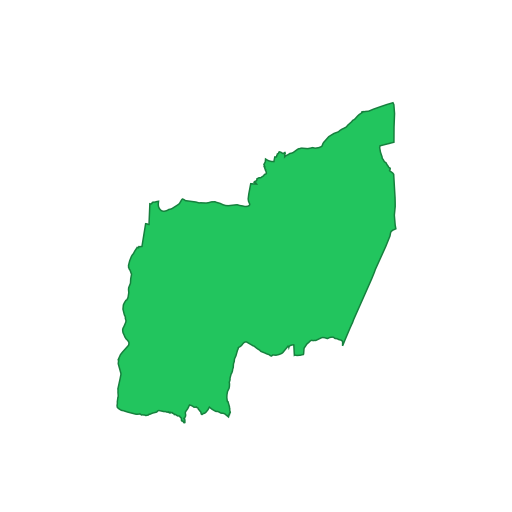 outline of Melinesti, Dolj, Romania, rotated 293°
{"feature_id": "2599482B7239267207369", "entity_name": "Melinesti", "entity_type": "district", "adm_level": 2, "iso_a3": "ROU", "parent_name": "Romania", "parent_adm1": "Dolj", "projection": "orthographic", "projection_center": [23.668, 44.557], "detail": "fine", "context": "isolated", "style": "filled", "palette": "green", "viewbox_px": 512, "rotation_deg": 293, "n_neighbors": 0, "source": "geoboundaries", "source_scale": "gbopen_adm2", "svg_char_len": 6002}
<svg xmlns="http://www.w3.org/2000/svg" viewBox="0 0 512 512"><g transform="rotate(293 256 256)"><path d="M450.6,322.2L446.5,317.2L441.5,311.6L437.1,306.8L433.4,303.2L433.0,302.6L432.0,300.6L431.1,299.2L430.8,298.2L430.2,297.5L430.1,297.2L429.9,297.2L429.7,297.8L426.5,295.7L424.5,294.8L420.7,293.5L419.5,292.8L418.6,292.0L416.9,291.6L412.6,289.5L410.0,288.7L407.9,287.0L406.1,285.4L404.3,284.2L402.6,283.4L401.7,282.5L399.3,279.9L394.4,276.4L387.0,273.9L385.6,273.7L383.1,273.8L382.6,273.6L382.0,273.2L380.3,271.5L378.3,268.3L378.1,266.9L377.8,265.6L376.7,264.2L375.0,261.6L373.1,255.8L372.5,254.9L371.9,254.4L371.6,253.6L370.5,252.6L365.8,249.8L364.3,248.3L363.8,247.3L361.6,245.8L360.1,244.4L358.5,243.7L359.4,243.4L360.2,242.9L361.9,242.8L362.6,242.2L362.2,241.7L361.2,241.4L360.9,240.8L361.0,239.5L361.2,238.5L361.1,237.0L360.9,236.8L360.8,236.6L359.0,236.5L358.3,235.8L357.1,236.0L356.7,235.8L355.4,236.1L355.0,235.8L354.5,234.6L349.9,235.6L349.0,233.2L348.6,230.4L348.7,228.8L349.0,226.9L346.2,227.8L343.4,227.5L343.1,228.0L342.3,228.4L341.7,229.1L341.5,228.6L341.3,228.8L339.7,230.3L339.5,230.6L339.4,231.0L338.9,230.9L337.6,232.4L336.0,233.3L335.1,232.9L334.7,232.2L333.9,231.8L333.2,231.8L332.4,231.5L331.7,230.8L330.3,230.1L329.7,229.4L329.2,228.2L327.4,226.7L326.3,227.1L325.7,227.0L325.0,226.7L324.3,225.9L323.2,225.4L323.1,227.5L322.4,228.5L320.5,222.9L310.0,225.2L305.5,226.5L303.5,227.7L301.3,230.0L300.5,230.2L299.5,229.8L298.7,229.1L298.0,228.1L297.2,226.3L296.8,224.0L296.1,221.2L295.9,219.0L295.5,218.0L291.5,210.9L290.6,208.4L290.3,205.7L290.4,202.4L289.9,198.4L289.9,197.0L288.4,193.8L286.6,191.6L285.3,189.5L283.4,184.4L282.6,182.8L282.2,179.6L279.4,169.4L279.8,167.3L279.7,166.0L278.6,165.6L274.7,165.1L273.6,164.7L272.0,163.7L266.9,160.2L265.8,159.1L264.7,157.5L263.4,156.6L262.3,155.4L261.1,153.7L260.8,152.4L260.8,150.9L261.4,149.4L262.1,148.3L263.2,147.1L264.3,146.4L265.7,145.7L268.3,144.9L267.2,143.2L266.1,141.9L265.5,140.6L265.0,139.8L264.7,139.6L263.6,139.6L263.2,139.3L262.7,138.6L262.6,137.9L243.2,145.2L242.9,144.4L243.0,143.2L242.6,141.8L220.2,147.3L219.1,145.2L218.9,144.5L217.7,144.6L217.5,143.3L217.4,143.3L213.3,142.5L210.8,142.3L209.6,142.1L209.0,141.8L206.9,141.5L202.3,141.6L197.6,142.3L195.5,143.3L195.4,143.6L194.3,144.6L193.9,145.4L192.4,146.9L191.6,147.5L190.9,148.4L190.1,148.7L186.0,149.6L181.9,151.1L177.0,151.2L175.2,151.8L172.6,153.2L167.9,154.4L165.4,154.3L164.7,154.0L164.4,153.6L162.1,153.2L159.6,153.0L158.6,153.2L155.1,154.3L150.3,157.9L149.7,158.7L148.6,159.7L147.5,160.1L145.7,161.6L144.2,162.0L139.5,162.0L137.5,161.8L135.9,162.1L134.3,163.0L133.4,163.6L132.0,165.2L130.3,166.9L128.9,168.9L128.4,170.3L127.5,171.9L126.9,172.7L125.9,173.2L124.1,173.6L115.2,170.6L112.3,169.8L107.4,169.7L107.6,169.9L103.0,171.3L95.3,177.4L94.4,177.9L90.3,178.8L79.2,180.9L79.6,181.0L76.4,182.3L73.7,183.7L72.2,184.3L72.0,184.1L67.6,185.3L66.4,185.9L63.9,186.6L62.5,187.5L62.2,188.2L61.8,189.4L61.4,191.9L61.4,192.7L61.9,194.8L61.9,195.8L62.2,198.9L63.4,206.9L63.8,208.3L64.4,209.3L64.8,210.3L65.4,210.7L64.9,212.7L65.6,213.8L65.8,214.9L66.1,215.4L66.1,216.9L67.7,219.2L68.5,219.3L68.9,220.2L71.0,222.2L73.3,225.3L74.0,225.8L75.0,226.1L75.7,226.7L76.1,228.1L76.8,232.1L77.4,233.4L77.5,235.3L78.3,236.1L78.2,236.5L77.9,236.7L78.3,237.4L77.8,238.2L78.3,238.6L78.8,238.6L78.8,240.0L79.1,240.3L78.7,240.7L78.7,242.0L78.1,242.8L78.2,243.0L78.6,243.4L78.5,244.4L78.6,244.9L78.3,245.4L78.2,246.5L78.7,247.6L78.6,248.6L77.9,249.4L77.8,250.3L76.7,251.1L75.7,251.5L75.2,252.0L75.5,253.2L75.1,253.4L75.1,254.0L74.5,254.6L74.4,255.0L74.9,255.6L77.3,254.6L78.1,253.8L78.1,253.2L78.6,253.2L78.8,253.6L81.2,253.7L82.3,253.3L83.8,252.3L85.0,252.0L88.9,252.8L92.9,253.0L93.1,255.0L92.9,256.8L92.6,257.8L93.0,259.1L93.8,260.2L93.4,260.7L93.4,261.9L93.2,262.2L92.4,262.9L92.2,263.6L91.4,264.8L91.2,265.6L90.4,266.5L89.3,267.2L89.3,267.4L89.1,267.7L89.0,268.2L90.8,269.4L91.1,270.1L92.5,270.9L95.5,271.8L98.7,272.1L97.8,275.2L97.4,278.2L97.3,279.4L97.3,279.9L98.0,281.8L97.7,285.2L98.4,287.2L98.5,288.8L97.1,293.6L97.8,293.5L98.6,292.9L99.1,293.2L99.5,293.2L99.2,293.5L99.3,293.6L100.2,293.2L100.6,293.5L101.5,293.1L101.8,293.4L102.1,293.4L103.8,292.0L105.1,291.6L105.6,291.1L106.8,290.5L111.0,287.1L110.9,286.5L112.8,285.3L114.4,284.4L116.8,283.5L120.2,282.7L123.7,282.9L125.8,282.4L127.9,281.6L129.3,280.7L131.1,280.6L132.3,280.3L133.4,279.8L137.7,279.2L139.0,279.4L141.1,279.2L142.4,278.8L144.5,278.6L147.9,277.4L150.3,277.2L152.9,276.4L156.3,276.5L161.8,275.8L163.8,275.8L164.8,275.5L166.9,277.1L168.9,277.9L170.3,278.2L171.8,278.9L172.8,279.9L173.2,280.7L172.4,287.1L172.2,288.0L172.3,289.3L172.1,290.2L171.8,291.1L171.1,293.9L170.8,296.1L170.1,297.8L170.2,302.1L170.1,304.0L170.3,306.4L170.3,307.0L169.9,307.9L169.9,309.2L170.2,309.5L171.5,310.1L172.1,312.1L172.6,313.3L174.2,315.5L175.7,317.1L177.1,318.2L177.9,318.5L185.5,320.7L185.4,320.9L185.0,321.1L185.2,321.6L184.8,321.9L185.6,321.8L187.0,322.5L188.0,323.7L189.0,325.3L189.0,325.5L188.0,326.0L179.6,330.1L180.0,330.4L180.3,332.0L180.6,332.9L182.2,335.9L183.1,336.9L183.6,337.9L184.0,338.1L184.7,338.0L189.4,336.4L190.3,336.3L191.9,336.7L194.4,337.1L195.7,337.6L196.7,338.2L199.2,339.2L200.2,340.2L200.4,341.6L201.0,342.5L201.6,344.0L206.2,348.1L206.9,348.9L207.6,350.9L207.9,354.0L209.8,355.7L211.0,357.6L211.4,358.7L211.4,359.5L211.0,360.6L211.0,361.1L211.6,363.1L211.4,364.6L211.8,367.3L211.5,368.4L210.8,369.3L207.1,370.8L213.9,370.7L226.8,370.7L231.0,370.8L232.1,370.9L235.7,370.7L279.9,371.4L287.0,371.3L290.3,371.1L315.4,371.7L326.7,371.5L329.9,370.8L331.3,370.8L333.2,371.8L335.7,374.1L338.7,372.1L347.6,367.4L355.9,364.8L359.6,363.2L364.0,361.2L385.0,350.8L385.8,349.4L386.7,345.6L388.6,345.5L389.0,345.3L389.3,345.0L389.3,344.1L389.6,343.3L390.2,342.7L391.5,340.5L392.4,339.6L392.7,338.9L392.8,338.0L393.0,337.2L394.1,335.9L395.3,334.0L396.5,333.3L400.2,330.0L404.0,327.5L405.9,327.1L414.6,338.5L428.8,332.6L441.2,327.9L449.1,323.8L450.6,322.2Z" fill="#22c55e" stroke="#15803d" stroke-width="1.5"/></g></svg>